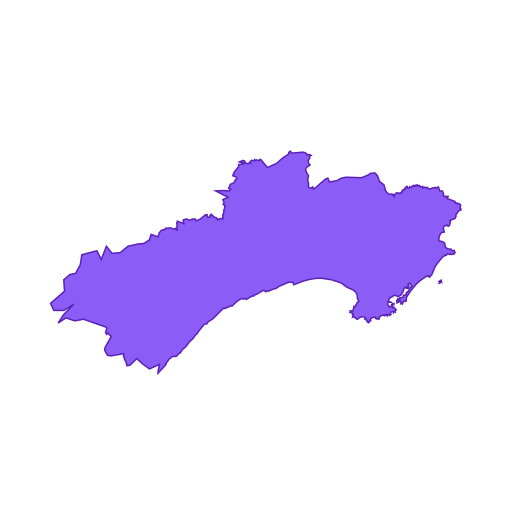 the district of West Coast, Western Cape, South Africa, rotated 259°
{"feature_id": "47623444B37444115609272", "entity_name": "West Coast", "entity_type": "district", "adm_level": 2, "iso_a3": "ZAF", "parent_name": "South Africa", "parent_adm1": "Western Cape", "projection": "mercator", "projection_center": [18.155, -32.059], "detail": "fine", "context": "isolated", "style": "filled", "palette": "violet", "viewbox_px": 512, "rotation_deg": 259, "n_neighbors": 0, "source": "geoboundaries", "source_scale": "gbopen_adm2", "svg_char_len": 6146}
<svg xmlns="http://www.w3.org/2000/svg" viewBox="0 0 512 512"><g transform="rotate(259 256 256)"><path d="M349.0,321.8L350.1,311.2L352.4,309.5L351.4,307.9L350.1,308.0L346.8,300.3L343.0,293.9L340.7,284.1L349.8,279.1L350.1,278.3L349.3,277.9L349.1,277.1L350.2,275.2L350.0,273.6L350.9,273.1L349.9,272.2L350.8,269.8L349.3,267.7L348.4,268.2L348.9,267.4L347.9,265.5L349.7,263.4L351.6,262.8L352.3,261.4L351.5,257.7L349.4,262.2L348.8,261.2L349.1,256.4L347.1,256.0L342.5,250.6L339.2,248.5L337.5,251.4L335.6,252.1L334.5,250.1L332.0,248.2L331.3,244.6L327.6,242.0L326.3,243.9L324.9,242.1L326.5,236.5L327.6,228.8L318.9,239.8L317.7,234.2L314.7,234.9L312.9,233.6L311.4,235.2L310.2,234.5L308.8,234.5L307.8,233.4L305.2,232.8L302.2,231.1L298.7,230.6L299.6,228.3L299.4,227.0L298.7,226.3L299.4,225.8L299.1,225.1L301.0,224.5L302.4,222.1L304.4,221.0L304.6,219.9L305.4,219.9L304.9,218.9L304.2,219.2L304.1,218.4L303.1,218.2L303.1,216.3L304.7,215.5L305.8,215.9L306.2,214.3L303.0,208.6L301.8,204.0L303.9,203.5L304.5,200.5L303.6,198.0L305.7,194.6L305.2,191.3L301.5,191.4L305.2,185.5L303.3,184.4L300.4,184.4L298.4,182.7L297.1,183.9L296.5,183.6L298.0,182.0L298.5,179.8L299.9,177.5L300.5,172.4L299.2,171.2L299.6,169.5L299.2,167.9L297.2,165.4L293.6,163.5L297.2,157.1L292.1,154.4L289.7,148.3L290.3,143.0L290.1,132.4L285.2,123.3L286.1,115.2L294.1,111.0L282.2,103.5L291.5,100.8L290.5,85.3L280.8,81.8L273.3,75.5L273.4,70.0L269.4,62.8L258.0,61.3L248.7,45.3L241.2,47.1L239.2,56.9L243.4,67.7L234.9,55.6L227.9,49.0L231.5,57.6L226.9,65.8L226.9,74.5L215.1,94.7L213.8,95.9L209.6,93.7L207.6,94.4L208.7,96.4L207.0,96.8L204.7,98.6L195.0,90.4L192.5,89.4L186.9,91.2L185.6,94.8L185.4,107.5L183.1,106.9L179.0,107.4L176.7,108.3L173.0,108.2L172.8,111.4L178.1,119.4L174.6,121.8L173.9,123.1L172.9,123.1L165.5,129.8L168.0,140.5L161.5,137.9L159.6,137.4L166.2,146.4L168.5,148.0L171.2,150.9L173.1,154.4L173.4,156.6L172.7,157.3L172.8,158.9L175.2,162.0L175.2,163.0L178.2,165.9L180.5,170.0L184.2,174.0L187.1,178.6L189.8,181.2L190.8,183.3L193.4,185.6L197.7,190.8L199.1,193.0L198.7,194.7L200.4,196.3L202.8,202.1L210.6,213.5L210.9,214.8L210.4,215.6L212.0,222.3L211.4,222.9L215.1,228.7L216.9,233.4L216.9,234.7L216.1,235.3L216.3,237.5L215.3,238.0L215.3,238.7L217.5,244.4L217.1,245.9L218.2,247.9L218.3,249.4L220.6,255.7L220.6,257.4L219.0,258.7L219.5,260.2L219.1,261.2L220.3,267.2L220.3,269.4L221.8,272.8L224.0,282.9L223.2,287.2L220.6,287.6L222.3,297.1L222.8,303.6L222.6,310.5L221.7,315.9L218.3,325.5L213.2,334.6L208.0,339.3L203.9,345.1L201.4,347.0L198.4,347.9L194.8,347.4L192.2,348.4L190.7,346.1L187.7,343.9L187.3,343.0L187.8,342.6L183.8,340.7L183.4,339.8L183.9,339.4L183.7,338.8L184.1,337.9L183.2,338.1L182.6,337.5L181.9,339.3L180.5,340.3L179.7,340.1L179.6,339.4L178.5,340.0L177.5,339.2L177.6,340.7L174.7,342.9L174.6,343.8L176.0,346.3L176.1,348.7L175.5,350.5L174.1,351.5L173.3,350.8L173.1,352.1L171.7,352.1L170.7,353.0L170.2,352.6L169.8,353.5L169.1,353.6L169.5,354.7L171.0,355.6L170.8,356.2L171.5,355.9L172.8,357.0L173.3,358.6L173.2,361.2L171.3,362.0L171.2,362.6L171.7,363.0L170.4,364.2L170.7,364.9L171.5,364.8L172.9,366.0L173.5,367.4L173.7,369.7L172.8,370.7L173.4,371.3L173.1,372.0L173.8,372.0L173.5,373.4L172.9,373.5L173.7,373.8L172.1,375.6L172.8,377.3L174.0,376.8L175.5,378.5L175.2,380.1L174.0,380.1L174.9,381.3L174.5,381.9L175.4,381.8L176.4,383.4L179.4,381.5L179.0,380.4L180.3,379.9L182.7,381.0L182.9,381.9L182.2,382.1L183.0,382.4L183.2,381.2L182.2,379.7L181.7,380.1L180.5,379.3L180.8,378.0L180.3,377.5L182.7,376.1L185.8,376.6L184.4,380.8L185.9,377.6L187.3,377.7L189.5,379.7L190.1,382.3L190.9,383.2L190.6,385.5L189.2,387.6L189.7,390.3L192.8,393.5L196.0,395.2L196.9,396.6L196.0,398.0L196.7,398.6L195.9,398.8L195.5,398.1L195.3,399.1L197.4,399.7L197.8,400.0L197.4,400.2L198.2,400.8L197.9,400.5L198.3,400.1L199.8,400.2L199.6,401.9L198.0,403.0L196.6,403.3L196.0,402.6L196.1,401.5L193.3,399.6L191.6,397.7L191.6,396.8L188.9,395.5L189.5,393.3L187.6,392.4L187.3,389.8L187.6,389.1L186.7,388.7L184.2,389.0L184.5,388.3L186.7,388.0L186.3,387.2L186.7,386.9L185.6,386.7L185.6,385.7L183.1,385.4L183.9,388.5L182.5,389.6L181.5,389.1L181.6,389.9L180.9,390.5L183.2,392.0L183.6,393.3L182.9,393.8L182.9,394.6L186.7,395.9L187.9,396.9L192.8,401.8L197.9,408.1L200.7,412.8L203.4,418.9L203.7,421.5L202.3,421.9L202.3,423.1L203.0,423.2L204.0,424.9L211.3,429.7L215.3,433.8L219.9,439.7L220.2,441.6L220.9,441.8L220.4,443.0L221.8,444.4L220.6,446.4L221.1,447.4L220.4,447.5L220.1,448.4L220.2,451.1L221.6,452.1L222.0,451.3L223.6,451.7L223.6,449.8L225.7,448.6L225.6,447.7L226.6,445.5L228.2,443.7L232.9,443.6L234.4,441.9L236.1,438.4L239.3,439.2L242.0,440.8L243.7,442.6L243.6,445.4L248.0,445.2L249.4,446.3L249.8,449.7L248.5,450.3L249.1,451.8L252.6,453.4L253.9,453.2L254.9,458.5L256.9,460.0L258.0,459.8L259.7,461.5L261.8,463.9L262.1,466.0L263.7,466.0L264.2,465.3L267.0,466.7L268.6,465.4L268.9,463.8L269.5,463.9L269.9,461.7L271.5,461.8L275.9,454.7L277.9,455.9L278.1,453.9L278.5,453.8L278.2,452.3L280.0,451.2L280.7,452.0L284.1,451.5L284.8,448.8L289.0,448.2L288.3,445.4L289.2,444.9L288.8,443.0L289.2,442.0L288.6,441.0L289.0,438.2L290.8,437.1L290.2,436.3L291.4,434.6L290.9,432.9L292.5,432.9L292.2,431.8L293.3,430.0L293.9,429.9L293.4,428.9L295.0,428.2L294.6,427.5L295.1,426.7L294.1,426.2L295.2,424.5L294.3,423.9L295.0,422.9L293.5,421.3L294.7,420.0L293.7,419.6L293.5,418.3L294.1,417.6L295.4,417.7L295.5,416.9L294.6,416.6L294.6,415.7L293.6,415.4L293.8,414.9L292.9,414.4L293.0,412.9L292.2,412.5L291.9,411.6L290.5,411.5L290.8,410.5L289.9,409.7L290.4,409.0L290.1,407.9L291.1,407.1L291.1,405.6L289.6,403.9L290.0,403.1L288.3,402.9L291.0,401.2L291.0,398.5L293.6,396.5L295.8,395.6L301.4,395.2L305.6,391.5L311.9,390.5L314.8,388.6L315.3,384.4L314.0,381.2L312.7,374.5L316.2,359.3L316.0,354.0L314.5,349.9L314.7,342.2L318.7,341.4L318.3,338.9L311.5,327.2L310.9,325.0L313.0,324.9L312.1,322.5L313.3,320.7L318.0,321.5L320.3,321.1L324.8,322.9L326.7,322.0L330.9,321.1L333.2,322.2L335.0,326.5L336.5,325.5L339.3,325.2L341.8,327.3L343.8,327.7L344.2,329.3L345.5,327.7L345.4,325.4L346.4,325.4L348.0,324.0L349.0,321.8ZM194.3,430.6L194.3,431.4L195.5,432.8L195.1,433.2L197.0,433.1L196.0,430.8L195.3,431.4L194.3,430.6Z" fill="#8b5cf6" stroke="#5b21b6" stroke-width="1.5"/></g></svg>